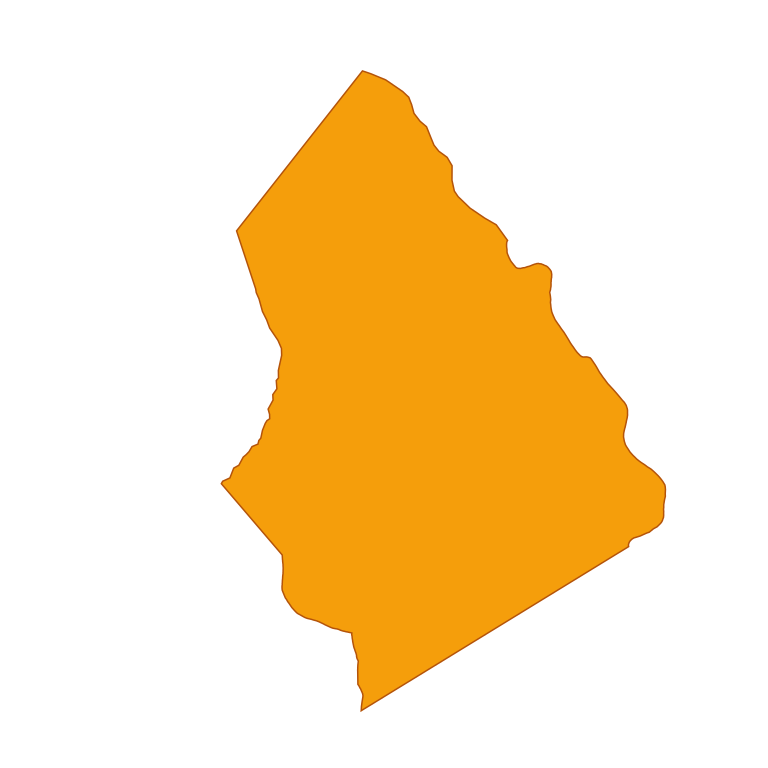 outline of Ponyon, Choiseul, Saint Lucia, rotated 326°
{"feature_id": "8701671B8071500438377", "entity_name": "Ponyon", "entity_type": "district", "adm_level": 2, "iso_a3": "LCA", "parent_name": "Saint Lucia", "parent_adm1": "Choiseul", "projection": "mercator", "projection_center": [-61.043, 13.797], "detail": "fine", "context": "isolated", "style": "filled", "palette": "amber", "viewbox_px": 768, "rotation_deg": 326, "n_neighbors": 0, "source": "geoboundaries", "source_scale": "gbopen_adm2", "svg_char_len": 5667}
<svg xmlns="http://www.w3.org/2000/svg" viewBox="0 0 768 768"><g transform="rotate(326 384 384)"><path d="M566.7,334.1L566.1,314.8L563.5,309.5L560.2,302.7L553.7,286.4L553.1,283.6L550.2,270.1L550.2,263.4L554.3,253.1L562.5,241.1L563.1,231.4L560.0,222.8L559.6,221.7L559.0,213.9L560.6,206.1L561.4,202.4L563.1,194.5L561.1,187.3L560.8,186.1L560.2,176.4L561.7,172.0L563.1,167.9L564.2,163.0L564.9,160.1L564.3,157.6L563.1,152.2L555.5,132.9L550.2,124.9L546.7,119.6L543.6,115.5L541.2,112.4L347.4,174.6L330.8,233.4L329.2,236.8L328.0,243.5L323.8,255.9L322.6,265.2L320.5,273.7L320.5,288.6L318.9,297.1L315.2,303.0L304.0,313.7L299.9,320.0L296.6,320.9L292.5,328.1L285.9,330.6L283.0,335.3L273.9,340.0L272.2,345.1L269.8,348.9L266.5,348.9L263.6,350.2L257.4,354.4L251.6,360.0L248.7,360.8L245.8,363.4L245.2,363.2L239.6,362.1L234.3,364.6L230.2,365.5L226.4,365.9L218.2,370.2L212.4,369.7L203.7,375.7L195.9,374.4L193.4,375.7L204.0,468.8L203.1,470.4L202.6,471.2L202.2,471.9L201.7,472.7L201.3,473.6L200.9,474.1L200.7,474.6L200.1,475.7L199.6,476.7L199.2,477.4L198.4,478.6L198.1,479.2L197.0,480.9L196.4,481.7L195.3,483.3L194.8,483.9L194.3,484.7L193.4,485.7L192.8,486.4L192.3,487.0L191.2,488.5L190.1,489.8L189.2,491.0L188.8,491.6L188.1,492.4L187.4,493.5L186.8,494.1L185.9,495.3L185.1,496.6L184.6,497.5L184.3,498.1L183.9,499.9L182.9,504.7L182.6,506.2L182.7,508.2L182.5,510.1L182.5,511.2L182.6,512.4L182.6,513.6L182.6,515.2L182.6,516.9L182.6,517.8L182.8,519.2L183.0,520.8L183.2,522.2L183.4,523.2L183.6,524.4L184.0,525.8L187.5,532.7L187.9,533.4L188.8,534.7L189.4,535.5L192.3,538.6L193.3,539.9L194.4,541.2L195.3,542.2L195.7,542.7L196.3,543.6L197.3,545.0L198.1,546.4L199.6,548.9L200.4,550.5L203.8,556.1L205.1,557.9L206.7,559.5L208.2,560.9L209.4,562.4L210.3,563.9L211.9,565.9L212.8,566.8L214.1,568.3L214.8,568.9L218.1,572.4L217.1,573.7L216.4,575.4L215.7,576.6L215.3,577.4L214.7,578.8L214.1,579.9L213.6,581.1L213.0,582.5L212.3,584.2L212.0,584.9L211.6,586.2L211.3,587.5L210.9,588.8L210.5,590.4L210.2,591.6L209.8,592.8L209.5,593.6L208.8,594.7L208.2,596.3L208.1,596.8L208.0,597.5L207.8,599.2L207.2,600.0L205.4,602.1L204.5,603.3L203.5,604.6L203.0,605.4L202.2,606.4L201.6,607.4L194.4,618.4L194.4,620.5L194.1,622.5L194.1,623.8L193.7,625.6L193.5,626.9L193.2,628.2L193.1,628.9L192.7,629.6L192.3,630.6L191.4,631.7L188.3,635.0L187.4,636.0L185.0,638.7L184.4,639.5L183.5,640.7L182.4,642.1L495.9,655.6L496.1,655.0L497.0,653.7L498.7,652.4L500.1,651.8L502.4,651.3L504.9,651.3L507.8,652.2L511.5,653.3L514.6,653.8L518.6,654.5L521.0,655.2L526.5,654.7L530.6,655.1L533.3,654.6L535.4,654.2L536.9,653.7L538.4,652.9L539.8,651.8L541.1,650.9L542.4,649.3L543.7,647.3L544.6,646.1L545.8,644.0L546.8,642.9L548.4,640.5L551.4,637.3L552.3,636.4L554.5,634.4L555.7,632.4L558.3,628.9L559.7,626.4L560.4,624.7L560.6,621.1L560.6,620.5L560.5,617.9L560.3,615.7L560.0,613.5L559.4,610.5L559.0,608.6L558.7,607.3L557.9,604.2L557.3,602.7L556.0,599.9L555.2,597.4L553.2,592.6L552.3,590.0L551.5,587.4L551.1,585.1L550.5,582.4L550.2,580.2L549.9,577.8L550.0,574.4L550.0,571.5L550.2,569.3L551.2,565.9L552.2,563.6L553.0,561.8L554.1,560.3L554.5,559.7L555.4,558.6L557.6,556.5L558.5,555.7L558.9,555.3L559.6,554.8L561.6,552.9L562.1,552.4L563.5,551.1L564.3,550.2L566.6,548.1L568.6,545.9L569.2,544.9L569.6,544.3L571.3,541.8L571.9,540.4L572.4,538.6L572.7,537.7L572.9,536.5L572.9,535.0L573.0,533.8L572.5,530.6L572.2,527.4L571.9,524.4L571.6,521.7L571.3,519.3L570.9,516.3L570.4,513.2L570.3,512.4L570.1,511.2L569.7,508.7L569.6,506.2L569.5,503.3L569.4,502.2L569.3,500.1L569.3,497.3L569.2,494.9L569.7,488.7L569.8,486.1L569.8,483.1L569.8,480.8L569.8,479.2L569.5,477.5L568.5,476.3L568.0,475.7L567.2,474.9L564.2,473.0L563.2,471.8L562.6,470.2L562.4,469.3L561.8,465.9L561.7,464.4L561.6,462.7L561.6,461.2L561.6,459.2L561.5,457.2L561.5,456.0L561.5,455.2L561.5,454.0L561.7,451.3L561.8,449.7L561.9,447.2L561.9,446.7L562.0,445.7L562.0,444.6L562.1,442.1L562.0,439.5L561.9,437.6L561.9,435.4L561.9,433.6L561.8,431.1L561.8,429.6L561.8,427.2L561.8,426.2L562.1,424.6L562.2,424.0L562.4,422.7L562.5,422.2L562.9,420.2L563.3,418.5L563.5,417.8L563.8,417.1L564.3,416.0L564.7,415.0L565.2,414.0L565.6,413.2L566.1,412.3L566.5,411.6L567.0,410.6L567.6,409.4L568.4,408.5L568.7,408.1L569.4,407.3L570.2,405.8L570.9,404.5L571.5,403.3L572.6,400.7L574.8,398.9L575.2,398.4L575.7,397.8L576.3,397.2L576.9,396.6L577.5,395.8L577.8,395.4L578.2,394.8L578.6,394.2L579.0,393.5L579.4,393.0L580.0,392.4L580.5,391.6L581.0,391.1L581.4,390.5L581.9,390.0L582.5,389.5L582.9,388.8L583.4,388.3L583.8,387.6L584.3,387.0L584.6,386.4L584.9,385.6L585.2,385.1L585.5,384.4L585.6,383.8L585.6,382.8L585.6,382.0L585.5,380.9L585.3,379.5L585.2,378.8L585.0,378.1L584.7,377.3L584.4,376.7L583.8,375.9L583.3,375.2L583.1,374.8L582.8,374.2L582.5,373.8L582.1,373.3L581.8,372.8L581.5,372.3L580.7,371.7L580.0,371.1L579.6,370.5L578.9,370.2L578.3,369.7L577.6,369.5L576.9,369.3L576.2,369.0L575.6,368.8L575.1,368.7L574.3,368.5L573.5,368.3L572.9,368.2L572.4,368.1L571.5,367.9L570.6,367.7L569.8,367.5L569.3,367.2L568.6,367.0L568.0,366.8L567.1,366.6L566.0,366.3L565.2,366.0L564.5,365.5L563.6,365.2L562.6,364.8L561.7,364.5L561.1,364.0L560.3,363.4L559.6,362.9L559.3,362.5L559.0,362.0L558.7,361.4L558.4,360.6L558.4,359.9L558.4,359.2L558.2,358.0L558.2,357.2L558.1,356.5L558.0,355.8L558.0,354.8L557.9,354.1L557.9,353.4L557.9,352.4L558.0,351.8L558.1,351.0L558.2,350.2L558.3,349.3L558.4,348.6L558.6,347.9L558.7,347.3L558.8,346.7L558.9,346.2L559.1,345.4L559.3,344.6L559.6,343.8L559.9,343.2L560.3,342.6L560.7,342.0L561.1,341.4L561.3,340.9L561.6,340.4L561.9,339.7L562.2,339.2L562.6,338.4L562.9,338.0L563.2,337.5L563.5,337.0L563.9,336.6L564.2,336.1L564.9,335.3L565.4,334.8L566.0,334.4L566.7,334.1Z" fill="#f59e0b" stroke="#b45309" stroke-width="1.5"/></g></svg>